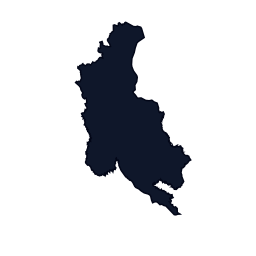 Khao Saming, Trat, Thailand, rotated 156°
{"feature_id": "78962969B42542221471350", "entity_name": "Khao Saming", "entity_type": "district", "adm_level": 2, "iso_a3": "THA", "parent_name": "Thailand", "parent_adm1": "Trat", "projection": "equal_earth", "projection_center": [102.413, 12.449], "detail": "fine", "context": "isolated", "style": "filled", "palette": "ink", "viewbox_px": 256, "rotation_deg": 156, "n_neighbors": 0, "source": "geoboundaries", "source_scale": "gbopen_adm2", "svg_char_len": 5781}
<svg xmlns="http://www.w3.org/2000/svg" viewBox="0 0 256 256"><g transform="rotate(156 128 128)"><path d="M117.5,29.0L115.5,28.2L115.6,28.4L116.3,29.0L116.4,29.6L117.1,30.2L117.2,31.1L115.8,34.5L116.4,34.7L116.3,35.9L116.9,36.8L118.3,36.7L118.8,38.6L118.5,39.8L119.5,39.9L119.5,40.6L120.1,41.6L119.6,42.4L120.1,43.5L118.9,43.1L118.1,43.8L118.2,45.5L118.8,45.8L118.5,46.9L117.5,46.4L116.4,47.4L116.3,47.0L116.8,46.4L116.6,46.1L115.1,46.1L115.4,47.5L114.9,49.2L115.3,49.3L115.8,48.2L116.4,49.0L116.8,50.4L117.6,50.9L117.7,52.0L118.0,52.1L118.4,51.5L119.6,53.3L119.5,54.4L120.5,55.3L120.7,56.2L122.3,56.7L122.5,58.4L123.3,57.9L124.7,59.0L125.0,59.5L124.6,60.2L125.5,60.4L125.7,62.0L126.9,61.7L126.7,63.1L128.4,64.8L128.6,65.8L128.2,66.7L127.6,66.3L127.1,67.1L126.5,66.5L127.1,66.5L127.1,65.9L126.0,65.6L125.7,65.8L126.1,67.2L125.9,67.5L124.9,66.3L123.9,66.3L123.0,67.0L122.9,66.3L122.4,66.5L122.5,67.1L122.0,67.0L121.5,67.7L120.3,67.9L119.9,67.3L119.3,67.7L119.4,67.4L118.6,66.9L118.9,66.3L118.2,65.8L118.5,64.1L116.6,64.3L116.7,63.1L115.8,63.5L116.0,62.7L115.1,63.0L115.3,61.9L114.6,61.1L114.6,60.2L114.0,59.7L113.6,60.0L113.6,59.4L112.4,60.0L112.0,59.7L112.1,58.7L111.3,57.6L111.6,56.8L112.2,56.7L111.6,56.4L111.6,55.7L110.3,54.8L110.7,53.9L110.6,53.2L108.9,52.3L108.3,52.5L107.9,53.4L107.4,52.8L106.0,53.4L104.1,52.8L103.2,53.8L102.0,54.0L101.3,55.6L100.6,55.3L98.9,56.5L98.6,61.9L98.0,63.3L97.8,65.6L95.7,68.6L95.6,69.5L94.1,69.3L92.0,70.0L91.0,70.9L91.2,71.5L90.7,71.9L90.3,71.7L90.2,72.0L89.4,71.4L87.2,72.1L86.4,73.0L83.7,73.3L84.2,76.0L84.0,77.4L85.0,78.7L86.6,79.4L87.3,80.4L88.1,83.1L88.0,83.5L87.6,83.5L88.2,83.9L88.2,84.3L87.8,84.1L87.8,85.2L87.3,85.2L87.0,85.8L87.4,86.5L86.3,87.2L87.0,88.3L87.4,88.2L87.2,89.0L87.6,89.3L87.2,89.9L87.5,90.3L87.9,89.8L88.8,90.4L89.3,90.2L90.7,91.3L90.8,91.8L90.4,92.1L91.0,92.1L91.0,92.7L91.4,91.2L92.5,91.4L92.4,91.8L92.8,92.0L93.6,91.8L94.5,92.8L94.5,94.0L95.0,93.3L95.2,93.9L95.5,93.9L95.3,94.4L96.1,94.9L95.8,96.1L94.8,96.5L95.1,97.2L95.7,97.2L95.5,98.1L95.8,98.8L96.4,99.0L96.1,99.9L95.4,99.9L94.9,102.3L94.5,102.1L94.2,102.5L94.7,103.9L94.4,104.3L95.4,105.6L95.4,106.2L94.8,106.0L94.8,106.6L95.4,107.4L95.4,107.9L95.8,107.8L95.8,108.6L96.7,109.2L96.8,110.5L97.6,111.4L97.3,112.5L97.6,113.8L96.8,114.2L97.0,115.2L95.9,116.8L96.1,117.7L95.8,118.1L96.2,118.8L95.6,120.4L95.2,120.7L94.7,120.3L94.5,121.5L93.4,121.5L92.9,123.3L91.6,123.0L91.4,123.6L91.9,124.2L91.8,124.8L90.5,124.6L90.1,125.5L89.3,126.0L89.3,128.3L90.8,128.2L91.8,129.5L92.7,129.1L93.0,129.6L92.8,132.3L91.9,133.9L91.3,138.9L93.5,141.1L94.9,143.7L97.6,144.3L100.6,146.0L103.8,150.1L107.2,151.3L107.9,155.1L108.9,158.0L108.6,159.2L105.9,160.0L104.3,164.5L101.2,166.8L98.9,170.6L98.7,172.4L99.8,177.9L99.6,182.4L99.0,184.5L96.2,189.9L91.6,194.5L88.9,198.2L85.3,202.1L83.5,202.8L76.4,204.1L75.2,213.3L75.4,214.9L78.2,217.3L79.0,217.1L81.6,218.3L87.1,225.5L88.0,225.5L89.0,224.4L90.3,225.1L91.4,224.3L93.2,227.7L94.2,227.5L95.1,225.8L95.6,225.5L96.3,225.6L98.4,227.7L99.6,227.8L101.9,222.4L103.9,222.1L105.1,221.2L105.9,221.4L106.6,220.0L107.2,219.8L108.4,218.1L110.5,217.4L111.1,216.1L110.5,212.0L110.8,209.6L113.0,210.2L113.7,211.2L115.2,211.6L117.4,214.0L116.7,215.5L116.5,217.6L118.9,217.8L119.0,217.3L118.3,216.1L119.3,215.3L120.3,213.5L120.6,212.1L121.5,212.2L122.4,213.0L124.0,210.6L123.8,209.4L123.3,208.7L120.8,206.7L121.1,205.6L122.0,205.5L122.7,202.2L124.1,203.5L125.1,203.8L127.1,202.8L128.0,201.9L129.7,201.9L130.9,201.0L133.1,202.0L133.3,202.6L136.5,200.6L137.5,202.2L138.8,202.7L139.1,202.4L139.4,202.9L141.0,202.2L141.9,202.3L142.2,203.2L143.0,203.7L143.1,205.1L143.6,205.0L143.8,204.4L146.7,204.6L148.2,203.6L148.8,204.3L149.5,203.1L147.9,199.6L148.8,198.1L148.8,197.1L149.3,196.2L149.0,195.8L149.5,195.4L150.2,192.4L152.9,189.9L154.3,190.8L155.9,190.6L156.2,191.4L157.4,190.8L155.5,186.7L154.9,184.2L155.4,182.0L154.9,178.4L156.4,177.3L156.8,176.0L156.8,174.1L155.9,172.3L154.2,172.4L154.4,170.6L155.5,167.5L157.3,167.6L157.4,165.7L157.0,162.9L159.2,161.2L159.6,162.2L161.7,159.6L163.8,160.3L164.6,160.0L164.5,157.3L165.2,157.2L164.2,155.7L165.2,154.6L164.4,154.4L163.8,153.2L164.8,152.3L164.6,150.6L165.3,150.3L165.7,149.4L166.6,148.7L165.8,147.7L166.0,145.8L165.2,144.5L165.9,144.1L166.2,143.5L166.1,143.0L165.4,143.1L165.1,142.8L165.9,142.2L166.2,141.2L165.6,139.9L165.8,139.3L165.2,138.4L165.9,137.5L165.3,136.7L165.4,136.3L166.1,135.9L165.5,133.8L165.8,133.6L166.0,134.4L166.3,134.5L167.1,132.4L167.5,133.5L167.8,133.4L167.8,131.3L168.4,131.8L169.0,130.9L169.8,131.3L170.2,130.5L170.9,131.0L170.9,130.4L171.7,129.9L171.9,129.1L171.2,128.7L171.3,127.3L172.4,127.2L173.2,125.5L173.8,125.4L175.2,123.5L176.2,123.3L176.3,122.7L175.6,121.2L176.9,121.3L176.5,119.2L177.5,118.2L177.8,117.0L178.7,116.9L179.1,115.7L180.6,114.2L180.8,113.2L180.0,110.5L178.7,110.0L177.9,107.4L178.2,104.7L178.1,104.0L177.3,103.7L177.1,102.6L177.4,101.9L176.9,101.7L176.7,99.1L175.5,98.9L175.1,97.5L173.2,95.8L172.5,96.3L171.6,95.6L170.6,96.3L169.0,94.5L168.3,95.5L168.2,93.8L167.3,94.6L167.0,95.7L165.9,94.7L166.0,95.6L165.3,95.3L165.0,96.3L164.5,96.6L162.9,95.8L162.7,95.2L161.8,96.9L161.2,96.6L160.7,95.6L159.7,96.1L159.6,94.2L158.1,96.2L156.6,95.4L156.4,96.3L155.8,96.1L155.3,96.5L155.7,98.1L155.5,99.0L154.6,100.4L153.7,101.0L153.6,102.4L151.8,103.0L151.4,105.2L150.9,105.3L151.3,103.1L149.9,102.5L149.9,101.9L150.0,101.3L150.6,101.4L150.8,100.9L150.9,98.9L151.5,97.4L151.5,92.1L150.1,85.2L149.7,83.9L148.9,83.6L149.0,82.3L148.0,80.9L147.8,79.8L147.2,79.8L146.8,78.9L146.3,78.6L145.7,76.2L145.5,72.0L145.0,70.5L142.9,68.0L141.5,65.1L139.6,62.2L136.4,59.5L135.3,58.0L135.0,56.4L135.8,52.4L135.9,49.7L133.6,49.7L132.1,49.1L131.2,48.1L130.0,45.0L128.1,44.6L126.8,42.7L125.1,41.4L121.0,30.0L119.6,29.2L117.5,29.0Z" fill="#0f172a" stroke="#020617" stroke-width="1.5"/></g></svg>